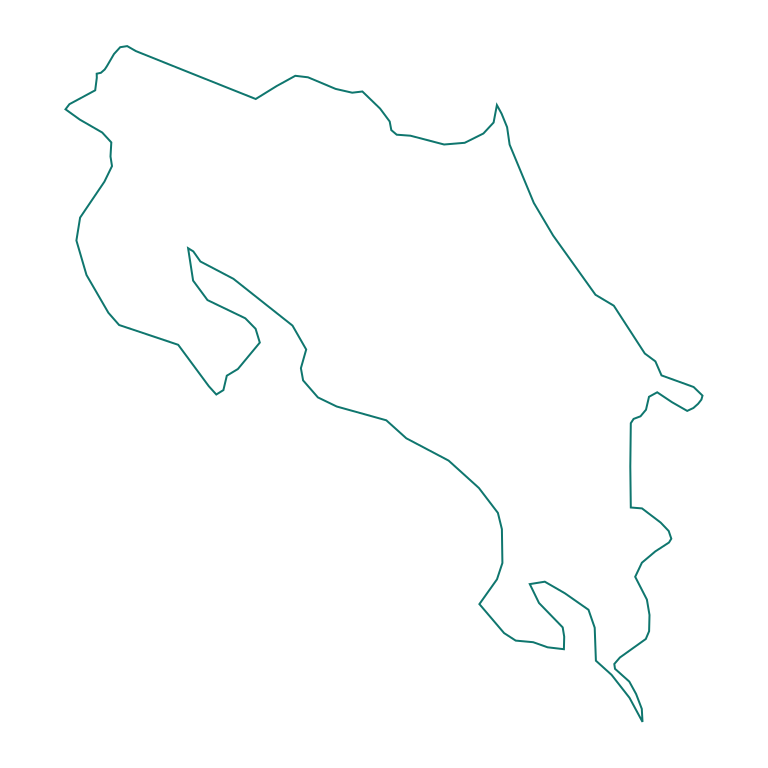 Costa Rica, Robinson projection
{"feature_id": "CRI", "entity_name": "Costa Rica", "entity_type": "country or territory", "adm_level": 0, "iso_a3": "CRI", "parent_name": "North America", "parent_adm1": "", "projection": "robinson", "projection_center": [-84.032, 9.63], "detail": "fine", "context": "isolated", "style": "outline", "palette": "teal", "viewbox_px": 768, "rotation_deg": 0, "n_neighbors": 0, "source": "natural_earth", "source_scale": "50m", "svg_char_len": 1695}
<svg xmlns="http://www.w3.org/2000/svg" viewBox="0 0 768 768"><path d="M702.5,395.6L701.4,399.6L698.1,403.8L693.4,408.0L687.2,410.9L672.0,402.2L657.2,392.3L649.0,396.8L646.0,409.7L640.5,416.3L633.6,418.9L630.8,423.2L630.3,466.6L630.8,507.5L642.0,508.4L660.7,522.6L668.7,531.0L671.3,538.7L669.0,542.5L655.3,551.4L641.9,562.7L635.2,576.8L646.9,599.6L649.5,615.0L649.1,631.2L645.8,639.0L619.9,657.5L614.3,664.0L615.0,668.8L629.3,681.6L636.1,694.0L641.8,708.9L642.5,721.9L629.5,697.8L611.6,674.9L595.9,660.7L594.7,627.7L588.5,609.8L564.9,593.3L544.8,581.7L529.8,584.1L539.0,603.0L562.7,627.4L564.2,636.7L563.9,649.2L547.6,647.3L533.2,642.2L515.7,640.6L504.1,633.1L479.4,604.1L497.0,579.3L502.4,563.0L501.9,529.2L497.9,512.9L478.9,488.0L448.6,460.6L406.3,438.3L386.3,420.3L336.7,406.5L317.9,397.4L303.1,380.4L300.9,368.2L306.2,349.5L292.5,325.6L233.4,278.8L200.4,261.5L193.3,251.4L188.1,248.2L193.1,280.6L207.5,300.1L245.3,318.3L255.6,328.8L259.8,342.6L237.9,369.0L226.8,375.7L223.4,390.1L216.3,394.5L208.8,386.2L178.2,344.8L119.1,325.0L108.4,312.8L86.5,275.0L76.4,240.5L80.1,217.6L104.4,181.7L112.0,166.1L110.5,156.5L111.3,142.4L102.2,132.5L79.8,119.6L65.5,109.3L69.4,104.2L95.2,90.3L96.8,77.8L96.7,73.7L100.9,72.8L104.7,69.5L107.0,66.0L114.0,54.0L120.2,47.2L127.2,46.1L135.9,51.1L168.3,64.1L204.3,78.5L255.7,99.0L276.9,85.9L295.3,75.8L308.0,77.3L335.6,88.9L352.2,92.7L362.4,91.5L380.1,108.6L389.7,121.5L391.3,130.1L396.7,134.7L410.4,135.7L444.1,144.5L464.7,142.8L483.4,133.5L493.6,122.5L496.9,105.1L501.6,113.7L507.1,127.2L509.6,144.6L533.8,202.9L553.1,235.5L595.5,294.8L613.8,305.7L644.8,353.5L655.4,361.4L661.5,375.4L693.6,387.0L702.5,395.6Z" fill="none" stroke="#0f766e" stroke-width="2"/></svg>